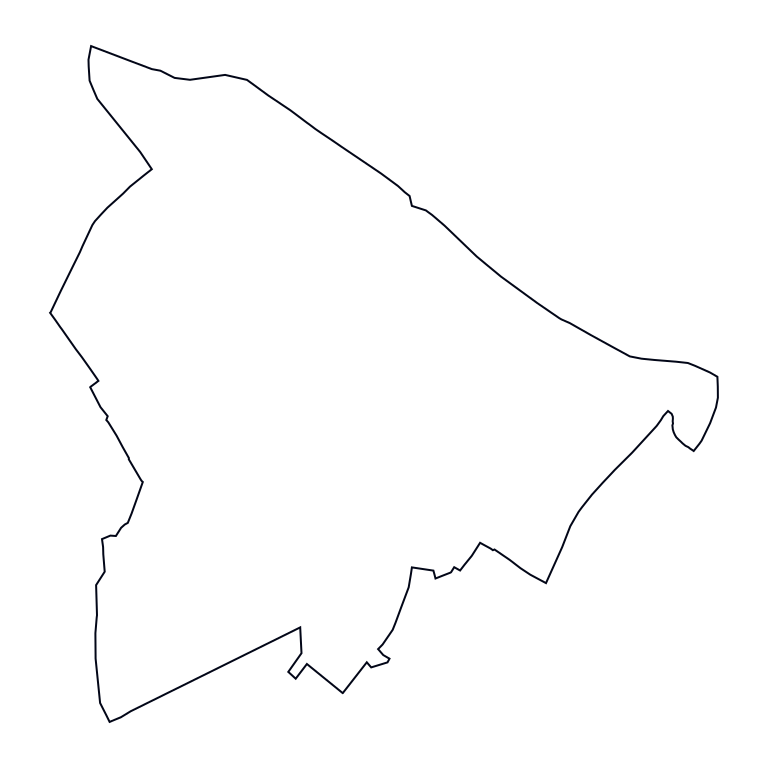 Tarauni, Kano, Nigeria (Natural Earth projection)
{"feature_id": "59680162B24840578600877", "entity_name": "Tarauni", "entity_type": "district", "adm_level": 2, "iso_a3": "NGA", "parent_name": "Nigeria", "parent_adm1": "Kano", "projection": "natural_earth1", "projection_center": [8.56, 11.961], "detail": "fine", "context": "isolated", "style": "outline", "palette": "ink", "viewbox_px": 768, "rotation_deg": 0, "n_neighbors": 0, "source": "geoboundaries", "source_scale": "gbopen_adm2", "svg_char_len": 2454}
<svg xmlns="http://www.w3.org/2000/svg" viewBox="0 0 768 768"><path d="M91.1,46.1L88.5,59.7L88.7,66.6L89.6,80.7L93.6,90.3L97.3,98.9L140.2,152.0L151.8,169.2L143.3,175.9L130.0,186.6L123.2,193.5L119.1,197.2L107.4,207.7L101.0,214.5L95.0,221.1L92.4,225.0L82.8,245.5L82.6,245.9L79.9,252.2L73.5,265.1L61.1,290.3L59.0,294.7L50.7,312.2L50.1,312.8L55.3,320.0L60.3,327.2L61.6,328.9L69.3,339.9L75.9,349.3L81.9,357.2L89.0,367.2L97.2,379.0L98.4,380.9L90.7,386.7L90.2,387.2L100.5,407.2L107.7,416.2L106.3,420.0L108.3,422.3L116.6,435.7L122.8,447.3L128.9,458.1L128.8,459.3L140.8,479.7L141.8,481.1L142.8,482.0L136.9,498.7L131.6,513.5L127.8,522.9L124.8,524.5L121.1,527.8L115.9,536.0L110.4,535.6L102.0,539.1L103.1,547.1L103.3,554.4L104.7,571.7L96.1,585.1L97.0,615.2L96.7,617.6L95.4,633.2L95.6,658.6L100.1,703.0L106.6,715.8L109.6,721.9L121.2,717.1L121.3,717.0L130.8,711.2L131.0,711.1L300.0,627.5L300.2,627.4L301.5,653.2L288.3,671.9L295.7,678.7L306.9,664.0L342.7,693.1L342.9,693.0L343.0,692.8L366.8,662.3L371.2,667.4L387.5,662.4L389.5,658.7L383.3,655.1L378.1,649.1L382.6,644.5L392.7,629.8L395.5,622.8L401.1,607.6L408.7,587.3L410.9,574.2L411.7,568.8L411.9,567.4L418.6,568.4L433.4,570.6L434.4,574.2L435.5,578.5L442.8,575.6L450.5,572.6L451.1,572.2L454.2,567.2L460.1,570.5L464.4,564.9L471.8,555.8L480.1,542.8L483.7,544.8L490.7,548.6L492.9,550.2L494.5,549.5L509.7,559.9L520.5,568.2L530.3,574.7L546.0,583.1L562.2,547.1L570.3,526.2L578.6,511.8L582.1,507.1L592.0,494.6L602.7,482.8L614.8,469.9L632.2,452.6L656.7,425.9L660.9,420.1L663.3,416.1L668.0,411.0L671.6,413.8L672.8,416.6L672.9,418.6L672.7,421.4L673.0,423.5L672.4,425.4L672.6,427.1L672.8,429.3L673.7,432.3L675.0,435.1L676.3,437.3L678.7,439.7L681.0,441.8L682.5,443.3L685.5,445.8L688.4,447.2L690.1,448.6L692.1,449.9L693.7,451.0L699.4,443.8L701.6,440.7L710.1,423.2L716.0,407.5L717.9,397.7L717.8,386.6L717.4,376.8L710.0,372.5L695.0,365.8L687.9,363.0L676.0,361.7L654.8,360.0L641.6,358.7L629.8,356.4L611.1,346.2L590.9,335.1L569.8,323.1L561.4,319.4L559.2,318.1L537.3,303.1L520.3,290.7L501.1,276.7L485.5,263.8L476.7,256.5L444.5,225.6L432.0,214.9L428.0,212.0L425.9,210.4L424.0,209.8L411.9,205.9L410.9,201.7L409.6,196.0L404.6,192.1L404.3,191.8L398.1,186.1L381.2,173.6L380.6,173.2L341.4,146.7L334.3,141.8L320.9,132.8L315.5,129.1L308.2,123.6L307.7,123.3L304.1,120.6L290.4,110.3L268.3,95.5L247.0,79.9L225.1,74.9L190.0,79.8L174.6,77.9L160.4,70.7L151.8,69.1L132.2,61.7L120.1,57.1L91.1,46.1Z" fill="none" stroke="#020617" stroke-width="2"/></svg>